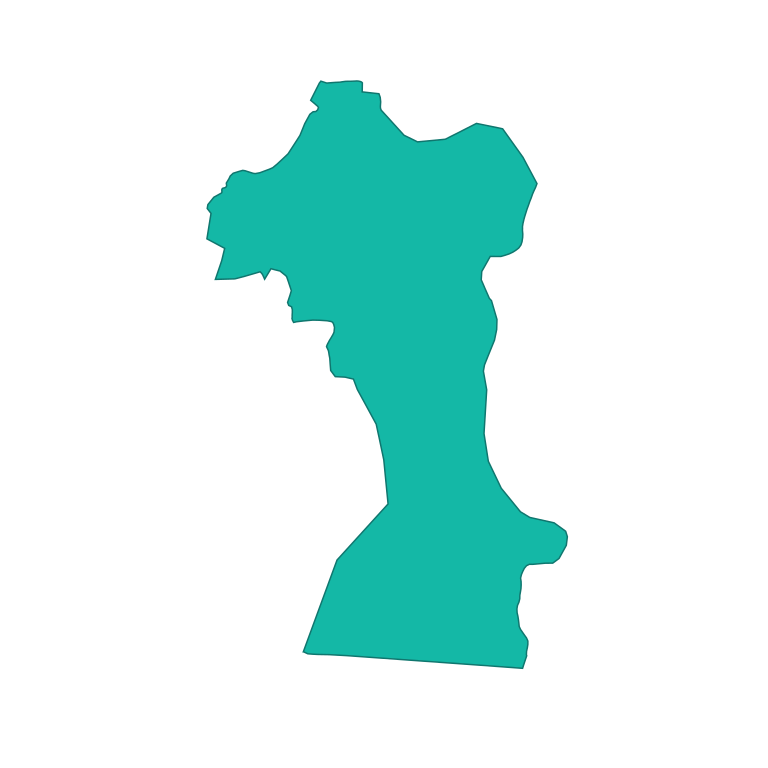 outline of Saqin, Sa`dah, Yemen, rotated 19°
{"feature_id": "15242507B44237665414324", "entity_name": "Saqin", "entity_type": "district", "adm_level": 2, "iso_a3": "YEM", "parent_name": "Yemen", "parent_adm1": "Sa`dah", "projection": "robinson", "projection_center": [43.467, 16.799], "detail": "fine", "context": "isolated", "style": "filled", "palette": "teal", "viewbox_px": 768, "rotation_deg": 19, "n_neighbors": 0, "source": "geoboundaries", "source_scale": "gbopen_adm2", "svg_char_len": 3590}
<svg xmlns="http://www.w3.org/2000/svg" viewBox="0 0 768 768"><g transform="rotate(19 384 384)"><path d="M169.5,245.4L170.7,247.8L170.5,249.2L169.7,250.2L168.1,251.2L167.5,251.8L167.4,253.2L168.2,255.1L168.3,255.8L168.0,256.5L162.3,262.8L159.1,271.6L159.1,271.9L159.7,275.6L164.9,279.0L169.3,304.4L189.2,307.6L189.2,307.8L190.4,320.3L190.5,339.9L190.5,340.0L208.6,333.2L208.9,333.0L209.3,332.8L215.9,328.4L216.1,328.3L227.0,320.6L230.4,318.2L232.1,319.1L232.7,319.4L233.1,319.8L233.5,320.2L234.0,320.5L234.4,320.9L234.8,321.4L235.1,321.8L235.8,322.3L236.0,322.7L236.4,323.1L236.8,323.6L237.0,323.8L239.6,311.8L243.8,311.5L247.2,311.2L248.9,311.0L249.1,311.1L255.7,313.5L257.0,314.2L259.9,317.9L266.0,325.9L266.2,330.5L266.3,338.3L266.9,339.0L268.3,340.7L271.5,341.1L271.9,341.8L273.1,343.5L273.8,345.6L274.0,346.1L274.8,349.0L275.4,350.6L275.5,351.0L275.6,351.9L276.7,353.5L278.4,355.1L278.5,355.2L280.0,354.3L280.9,353.7L281.1,353.6L287.1,350.7L296.0,346.7L302.0,344.8L309.7,342.7L314.0,342.1L315.5,342.5L317.1,344.1L318.8,346.7L319.9,351.3L319.7,353.2L319.7,353.6L319.0,357.1L318.2,360.7L317.6,364.6L317.5,365.6L317.5,367.4L320.6,370.6L321.4,372.0L322.0,373.1L322.5,374.1L324.4,377.4L326.8,383.1L329.2,388.6L335.5,392.9L336.2,392.7L344.9,390.2L353.5,389.3L354.9,391.0L360.6,397.9L368.5,405.1L369.4,405.9L389.7,424.5L395.0,433.3L396.3,435.4L408.5,455.8L426.9,496.1L396.9,565.7L395.4,638.6L394.9,663.5L395.2,663.4L399.8,663.9L404.8,662.6L409.6,661.2L420.1,657.8L437.4,652.9L470.5,644.1L471.6,643.8L510.0,633.6L559.6,620.4L607.6,607.7L607.5,604.4L607.4,594.5L606.7,593.4L605.8,590.3L605.4,586.7L604.8,583.4L603.7,580.2L601.4,577.7L598.7,575.8L596.1,573.9L593.1,571.7L590.8,569.3L589.2,565.9L587.7,562.8L586.1,559.8L584.3,556.9L582.9,553.4L582.3,549.9L582.6,546.5L582.3,542.9L581.2,539.5L580.7,536.2L580.1,532.8L579.1,529.3L577.9,526.1L576.3,523.0L576.2,521.7L576.0,519.4L576.2,516.1L576.7,512.5L577.1,511.5L577.9,509.4L580.2,507.1L583.3,506.1L594.9,500.9L601.9,498.4L606.3,492.0L608.9,477.2L607.1,468.7L603.7,464.1L590.1,459.9L565.3,462.7L554.6,460.4L528.8,444.4L507.8,423.1L494.7,398.3L483.0,356.1L473.8,339.5L472.8,333.2L473.3,323.0L474.2,306.6L472.8,295.8L469.8,286.2L458.5,270.2L455.7,268.7L451.0,263.6L448.1,260.5L445.6,257.7L442.0,253.8L439.8,245.8L441.1,238.8L442.9,228.8L452.9,225.4L453.2,225.2L456.5,222.9L459.9,220.3L462.9,217.4L465.2,214.5L467.1,211.6L467.5,210.4L467.6,210.0L468.2,208.0L468.2,204.6L468.0,203.6L467.4,200.3L466.8,198.3L466.4,197.0L465.1,194.1L464.8,193.4L464.5,192.3L463.7,190.1L463.1,186.7L462.9,184.6L462.7,182.9L462.5,179.4L462.5,179.1L462.4,175.7L462.3,172.0L462.4,168.1L462.4,164.1L462.6,160.2L462.6,156.3L462.9,152.3L463.3,148.9L463.4,144.7L441.6,124.4L413.1,104.1L410.3,104.4L388.2,107.3L386.6,107.5L369.5,125.2L368.6,126.1L362.3,132.6L355.6,135.7L341.4,142.1L336.8,144.2L336.4,144.1L332.7,143.6L322.0,142.3L292.2,126.0L290.9,124.4L290.2,122.7L289.0,118.3L287.1,114.2L284.7,111.2L268.3,114.9L265.5,106.3L264.5,105.8L263.0,105.7L261.3,105.9L259.7,106.3L257.8,107.1L254.5,108.4L251.1,109.6L249.0,110.4L246.2,111.8L244.0,113.0L239.7,114.7L236.9,115.9L231.9,118.1L225.7,118.2L225.0,120.3L224.9,120.5L222.3,139.6L230.1,142.7L230.9,143.0L232.0,143.9L232.0,146.4L230.9,148.5L228.3,149.7L226.1,153.1L224.3,163.7L224.0,169.5L223.6,176.4L223.3,177.5L222.5,180.9L220.8,187.8L218.4,197.4L218.3,197.7L214.8,204.4L211.7,210.2L211.4,210.8L210.4,212.4L208.4,215.7L205.6,218.3L197.8,224.7L193.9,226.9L193.7,227.0L191.6,227.4L183.2,227.6L180.9,228.0L177.7,230.2L172.8,233.8L170.9,237.4L170.6,240.3L169.5,245.4Z" fill="#14b8a6" stroke="#0f766e" stroke-width="1.5"/></g></svg>